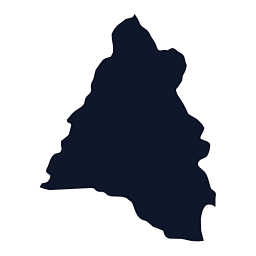 Bihor, orthographic projection
{"feature_id": "ROU-277", "entity_name": "Bihor", "entity_type": "County", "adm_level": 1, "iso_a3": "ROU", "parent_name": "Romania", "parent_adm1": "", "projection": "orthographic", "projection_center": [22.195, 46.981], "detail": "fine", "context": "isolated", "style": "filled", "palette": "ink", "viewbox_px": 256, "rotation_deg": 0, "n_neighbors": 0, "source": "natural_earth", "source_scale": "10m", "svg_char_len": 2466}
<svg xmlns="http://www.w3.org/2000/svg" viewBox="0 0 256 256"><path d="M40.8,186.8L41.0,186.1L42.4,184.0L45.8,183.4L48.4,182.0L50.7,178.6L51.2,175.0L47.8,172.6L47.4,172.2L47.1,171.8L46.8,171.3L47.0,170.2L47.2,169.1L47.7,168.1L48.3,167.3L51.0,159.9L52.6,156.9L55.3,154.5L59.9,153.3L61.2,152.2L62.3,149.8L62.2,147.8L61.8,145.9L61.7,143.6L61.9,141.5L62.1,141.0L62.6,140.8L68.4,136.1L69.5,134.8L71.9,125.7L72.4,125.5L72.3,125.4L71.2,123.2L70.4,122.5L69.2,122.2L68.1,121.7L67.8,120.7L67.6,120.1L72.5,114.3L75.4,111.6L81.5,107.6L84.1,105.1L84.9,103.5L85.6,100.2L86.1,98.6L87.3,96.8L90.1,94.2L91.2,92.7L91.9,90.5L91.9,88.8L91.6,87.1L91.7,85.0L92.2,83.0L93.6,80.2L94.3,78.6L95.8,72.0L96.5,69.9L101.4,62.9L103.6,60.3L105.9,58.9L111.4,57.3L113.9,52.2L113.8,46.1L112.7,39.7L112.4,34.0L114.8,29.5L118.4,25.5L126.1,19.7L132.2,18.2L132.9,17.7L133.9,16.9L134.5,15.6L134.6,15.4L135.2,16.3L137.7,20.3L139.2,23.9L140.2,25.6L141.7,27.1L146.8,30.9L148.7,33.4L150.6,37.1L154.2,42.6L155.2,44.8L156.6,48.6L157.4,50.1L158.5,50.9L160.6,51.3L161.9,51.1L162.9,50.8L164.0,50.7L165.2,50.7L167.0,51.1L168.2,50.8L171.2,49.1L172.4,48.8L173.7,49.2L175.5,50.3L177.5,52.1L181.2,54.2L182.7,55.5L183.8,57.7L184.8,62.2L186.0,65.4L184.7,70.5L184.0,72.0L182.6,74.4L182.0,75.8L181.7,77.4L181.6,79.0L181.3,80.4L180.6,81.8L177.4,86.5L176.3,87.8L175.3,88.8L175.4,91.3L176.9,95.1L182.4,103.6L186.1,110.7L186.6,112.2L187.4,113.7L188.8,115.2L196.6,119.7L201.5,124.6L203.6,128.1L202.7,130.7L200.0,136.1L199.6,137.8L199.8,139.0L200.9,139.8L207.3,142.3L208.9,143.6L209.6,145.5L209.0,148.9L208.5,151.1L207.8,153.1L207.1,154.6L206.3,155.8L205.2,156.7L200.6,158.8L199.2,159.8L198.1,161.1L197.4,162.4L197.2,163.9L197.5,165.6L199.0,167.7L204.1,172.3L205.8,174.9L207.4,178.7L209.7,187.2L210.8,189.5L212.0,190.5L213.4,191.5L214.6,192.6L215.2,194.1L214.7,198.7L214.7,205.6L212.7,204.4L211.5,204.0L209.9,203.8L208.4,203.8L206.7,204.1L205.2,205.0L203.7,206.9L202.0,210.2L200.7,214.9L200.1,219.2L200.4,230.4L202.8,240.2L197.5,240.6L191.5,240.2L181.8,238.1L170.3,237.9L168.4,237.5L166.5,236.4L165.1,234.3L164.5,232.5L164.1,230.9L163.0,229.7L153.5,226.1L147.5,220.9L145.5,220.0L142.3,219.0L139.8,217.3L137.9,214.9L136.3,211.9L133.6,204.5L132.7,202.4L131.7,201.1L128.9,199.1L127.5,197.8L125.2,196.7L121.8,196.0L110.7,195.5L107.6,194.3L105.9,192.6L103.9,191.5L102.3,191.0L99.9,191.1L98.3,190.9L96.5,190.0L95.5,188.9L94.7,187.8L91.4,187.2L49.4,189.3L43.5,187.8L40.8,186.8Z" fill="#0f172a" stroke="#020617" stroke-width="1.5"/></svg>